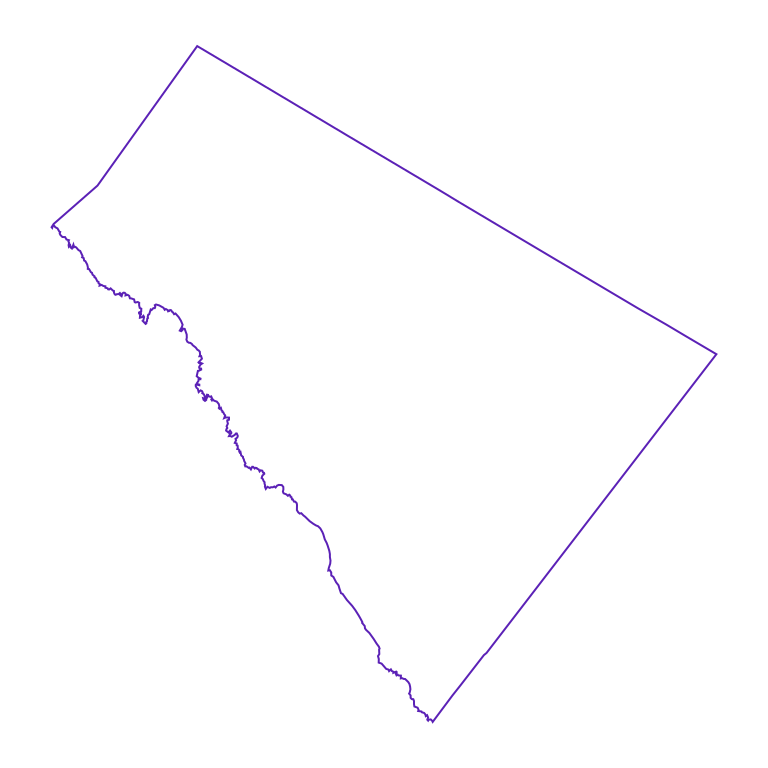 outline of Salega, Satupa'itea, Samoa
{"feature_id": "51752279B51702151911429", "entity_name": "Salega", "entity_type": "district", "adm_level": 2, "iso_a3": "WSM", "parent_name": "Samoa", "parent_adm1": "Satupa'itea", "projection": "equal_earth", "projection_center": [-172.669, -13.632], "detail": "fine", "context": "isolated", "style": "outline", "palette": "violet", "viewbox_px": 768, "rotation_deg": 0, "n_neighbors": 0, "source": "geoboundaries", "source_scale": "gbopen_adm2", "svg_char_len": 5235}
<svg xmlns="http://www.w3.org/2000/svg" viewBox="0 0 768 768"><path d="M197.2,46.1L97.5,185.6L53.7,223.9L51.6,227.2L52.2,227.9L53.0,225.3L53.7,225.2L55.3,227.2L57.5,228.4L59.4,231.7L60.2,232.0L59.7,233.6L60.5,235.1L62.4,237.0L65.1,237.1L66.5,239.5L68.9,240.2L68.4,241.3L69.1,242.9L68.6,245.1L68.9,246.7L70.2,245.3L70.8,247.6L71.9,248.5L73.4,244.7L74.0,247.1L74.6,246.6L76.2,247.4L78.5,250.1L80.2,251.0L82.6,256.1L82.1,257.3L83.7,258.1L84.1,260.5L85.4,261.2L87.2,264.5L87.9,267.4L87.8,268.9L89.1,269.1L90.9,272.2L92.0,272.8L92.5,274.6L94.6,276.4L94.5,277.3L95.7,278.0L97.3,281.3L98.5,281.9L98.6,283.3L99.9,284.2L99.6,285.6L101.6,284.9L103.4,286.0L105.4,286.3L105.4,287.7L107.6,288.3L108.1,289.3L109.1,289.5L110.6,288.4L112.9,290.6L113.9,290.9L114.0,292.7L114.8,294.4L115.7,294.8L116.8,294.2L118.6,294.1L119.9,293.0L120.4,293.6L120.2,295.1L121.6,296.2L122.5,293.4L123.4,292.7L124.7,292.8L125.7,293.8L125.5,295.4L127.6,294.8L129.2,295.9L129.9,298.3L131.2,298.4L134.1,299.4L134.7,302.1L135.4,302.5L137.8,302.0L139.2,302.8L139.1,305.1L139.7,307.9L141.3,308.7L141.2,311.4L139.0,312.5L139.1,313.4L140.9,313.3L141.0,314.5L140.1,314.8L139.9,317.7L142.3,317.0L143.4,315.8L144.1,317.0L143.2,320.8L142.8,321.0L145.6,323.9L146.3,323.4L146.2,322.1L146.9,321.5L147.3,318.5L148.0,318.0L147.7,316.8L148.2,314.7L149.2,314.3L150.7,309.5L151.6,310.0L153.4,308.1L154.8,308.1L155.3,306.8L154.8,305.2L156.0,304.5L159.2,305.4L163.5,307.8L164.7,309.8L165.8,309.0L167.9,310.2L168.1,311.3L169.2,311.0L170.1,310.0L171.2,310.3L172.1,311.8L172.9,312.3L174.1,314.2L175.5,313.5L178.7,317.1L180.9,320.7L182.6,324.7L181.9,327.0L179.8,330.6L181.2,331.2L182.5,330.0L182.9,328.6L184.7,328.9L186.7,334.5L186.8,337.7L186.4,339.6L187.3,341.7L188.8,342.7L190.4,342.9L192.0,344.1L192.6,345.1L195.7,347.5L197.4,349.8L198.6,350.4L199.8,351.7L200.1,354.8L199.5,356.2L201.1,356.1L201.9,358.7L198.5,362.4L199.0,363.0L200.7,362.9L202.1,363.5L200.3,364.8L199.1,367.1L199.5,368.4L201.1,368.6L201.2,369.6L198.8,370.8L197.9,370.9L196.7,376.2L198.6,377.8L200.5,378.6L200.4,379.2L198.6,379.1L198.5,380.8L196.9,383.2L197.8,384.2L199.3,384.6L199.3,385.2L196.8,384.6L195.8,384.7L195.7,386.0L196.5,387.7L197.8,388.8L198.7,392.1L200.6,390.4L202.0,391.1L202.7,392.4L202.3,393.2L203.9,394.3L204.9,397.0L204.7,398.7L203.1,398.2L203.5,399.7L205.0,400.9L206.2,400.0L206.3,398.9L207.3,397.1L206.3,396.9L207.0,394.7L208.1,394.9L208.4,396.1L210.2,396.8L211.2,396.4L212.1,398.5L211.3,399.4L211.9,400.3L212.5,399.1L214.1,400.7L216.8,401.6L218.7,403.9L219.4,406.4L218.8,408.0L219.5,408.8L220.9,407.9L221.6,410.5L222.4,411.0L222.5,412.1L223.3,412.3L224.1,414.1L225.2,415.4L224.2,418.1L225.8,417.4L229.0,417.6L229.0,419.7L227.3,420.3L227.2,420.9L227.9,423.7L226.6,426.3L227.3,428.0L226.4,429.2L226.1,430.6L228.9,432.8L229.2,431.5L230.0,430.6L231.3,432.4L231.2,433.5L230.0,434.1L229.0,436.1L230.3,436.0L231.8,436.7L234.6,435.0L236.1,433.4L236.8,433.5L237.8,436.0L237.3,437.5L235.5,438.9L236.1,440.2L234.8,442.9L236.7,443.5L236.7,445.3L237.6,445.6L237.8,447.4L237.3,449.0L238.3,449.1L239.4,450.3L239.2,451.4L239.8,452.6L240.5,452.1L241.2,455.4L243.0,456.9L243.0,457.8L243.9,459.5L244.2,461.0L245.5,463.4L244.7,464.9L245.3,466.4L246.4,466.3L248.8,467.9L249.5,467.6L250.9,469.4L252.2,466.8L253.0,466.8L254.7,468.5L255.3,467.8L256.7,468.0L257.2,468.8L258.7,469.4L259.6,471.4L260.6,470.3L262.3,470.7L263.0,472.5L264.0,472.8L264.3,473.8L262.4,475.6L261.6,478.0L262.7,478.9L263.8,481.4L264.6,482.2L264.5,483.5L265.1,485.3L264.9,486.7L265.8,488.9L267.4,486.8L269.8,487.9L271.0,487.2L272.8,487.3L274.3,486.5L275.6,487.5L277.1,485.6L278.8,484.9L281.8,485.1L283.3,486.9L283.4,489.4L282.9,491.7L283.6,493.3L286.4,494.4L287.9,495.8L289.2,494.7L290.2,495.5L290.5,496.8L291.4,497.1L292.0,499.3L292.6,499.2L294.1,501.7L295.3,501.7L296.7,503.2L297.0,504.9L296.9,510.1L298.2,512.3L299.7,513.6L301.3,513.2L303.4,515.4L305.1,516.7L309.6,521.1L313.3,523.8L316.1,525.5L318.0,526.2L320.3,528.4L322.4,532.1L323.3,534.3L324.8,539.4L326.6,542.8L327.6,545.4L329.3,550.8L329.9,554.1L329.9,557.1L330.5,560.6L330.2,563.7L328.8,568.0L328.3,570.5L329.8,570.2L331.2,572.4L331.3,575.5L333.4,576.9L334.9,579.9L336.2,582.4L338.5,585.3L339.5,588.8L341.0,593.2L342.6,593.9L347.0,600.1L352.2,605.9L355.3,610.1L358.7,615.5L360.2,618.1L362.4,622.2L362.1,622.9L364.7,626.0L365.0,628.4L366.1,629.9L369.4,633.0L373.7,639.0L376.6,643.6L378.9,646.7L379.6,648.6L379.1,649.5L379.3,654.1L378.0,656.1L378.8,659.0L378.7,662.6L381.6,663.6L386.2,668.9L388.5,669.6L389.1,671.1L390.9,669.4L391.8,671.0L393.5,671.8L393.4,672.8L396.2,671.6L396.7,672.1L395.8,673.7L396.5,675.3L397.6,674.5L398.3,675.4L399.4,675.5L400.9,675.6L400.8,678.4L401.9,678.1L403.7,678.9L405.1,679.0L406.3,680.1L408.3,682.1L409.5,684.1L410.1,686.6L410.4,689.3L409.7,692.5L409.1,693.6L410.6,695.4L410.6,697.8L411.8,699.1L413.3,699.2L414.0,701.0L414.0,704.2L414.4,706.5L417.6,707.7L418.6,709.9L418.2,711.0L421.5,711.5L421.9,712.3L424.1,712.9L425.4,714.5L425.8,716.1L427.1,715.2L428.1,717.5L427.3,719.7L428.1,720.6L428.6,719.7L430.7,719.4L432.1,720.7L432.7,721.9L452.5,695.4L460.5,685.3L483.9,655.1L486.5,653.0L716.4,354.2L684.5,335.4L666.2,324.5L637.8,308.2L547.2,254.5L459.0,202.1L440.9,191.1L409.1,172.2L347.8,135.8L239.1,71.0L197.2,46.1Z" fill="none" stroke="#5b21b6" stroke-width="2"/></svg>